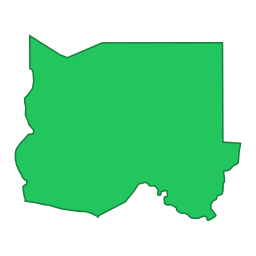 SVG path tracing the border of Oshikoto
{"feature_id": "NAM-3355", "entity_name": "Oshikoto", "entity_type": "Region", "adm_level": 1, "iso_a3": "NAM", "parent_name": "Namibia", "parent_adm1": "", "projection": "orthographic", "projection_center": [17.144, -18.609], "detail": "fine", "context": "isolated", "style": "filled", "palette": "green", "viewbox_px": 256, "rotation_deg": 0, "n_neighbors": 0, "source": "natural_earth", "source_scale": "10m", "svg_char_len": 2124}
<svg xmlns="http://www.w3.org/2000/svg" viewBox="0 0 256 256"><path d="M98.0,216.9L98.0,217.0L96.9,216.1L91.1,213.1L85.1,211.5L79.3,211.4L61.6,208.9L48.8,205.1L43.4,204.5L36.6,202.8L25.1,201.1L25.2,198.8L24.3,196.4L23.1,189.2L23.0,186.4L24.5,185.2L26.4,184.3L27.1,181.2L24.0,179.1L22.3,177.1L21.3,174.5L19.5,171.5L16.4,164.5L16.1,161.8L15.5,160.5L15.4,154.2L15.8,150.9L17.1,147.8L20.7,142.9L24.9,138.6L27.9,134.9L29.8,134.1L31.9,134.1L33.8,132.5L33.4,129.8L29.1,124.8L27.5,119.6L26.2,117.2L25.4,114.6L25.9,107.3L24.8,102.8L24.7,98.3L25.9,96.6L27.6,95.4L32.0,89.3L33.0,86.6L33.7,80.7L33.1,72.6L32.6,70.5L31.2,69.0L29.9,68.8L29.7,35.7L59.6,54.6L67.4,57.7L102.0,42.9L222.5,42.7L222.9,142.1L240.6,143.3L239.1,152.1L238.3,162.6L237.3,163.8L234.4,165.1L232.7,166.3L230.3,169.2L228.6,170.2L227.0,170.7L225.6,170.7L224.5,170.9L223.8,171.3L223.7,172.3L224.5,179.2L224.5,180.6L224.4,182.0L223.6,182.8L223.3,183.9L223.1,185.2L223.1,188.8L222.7,191.8L222.2,193.6L221.6,194.4L220.6,194.8L219.4,195.1L218.2,195.4L217.2,195.9L216.9,197.0L216.7,198.2L216.3,199.3L212.9,201.1L212.2,202.4L211.8,203.1L211.2,203.8L210.9,206.0L210.9,207.4L211.1,208.6L212.0,210.0L215.3,214.2L215.9,215.5L215.2,216.4L214.2,217.2L209.7,219.7L208.5,220.2L207.7,220.3L207.2,219.5L206.6,217.6L206.2,216.8L205.6,216.2L204.4,216.2L202.0,216.7L199.0,218.0L197.7,218.4L191.7,218.1L191.3,217.9L190.8,217.6L187.4,214.6L185.9,213.7L184.2,213.0L181.8,213.2L180.4,212.8L179.2,212.3L177.4,210.9L176.8,210.1L176.6,208.5L176.3,207.9L175.7,207.5L172.5,205.4L171.3,205.0L170.0,204.7L167.9,205.1L166.6,204.7L165.5,204.2L164.8,203.6L164.5,203.0L164.4,202.1L164.2,198.0L164.3,197.2L164.8,196.9L166.5,196.6L167.3,196.3L167.4,195.6L167.4,194.6L166.9,191.5L166.7,190.8L166.1,190.6L164.0,190.9L161.6,191.6L161.2,192.2L160.9,193.1L160.9,194.0L160.7,194.8L160.2,195.1L159.4,195.2L158.5,195.1L157.8,194.8L157.7,194.1L158.1,191.2L158.1,190.2L157.8,189.5L156.6,187.4L155.3,186.5L153.7,185.8L150.5,186.0L149.1,185.4L148.2,184.5L147.8,183.5L146.6,182.8L145.3,182.4L138.4,184.1L134.4,190.5L125.3,201.8L99.3,215.3L98.5,216.0L98.0,216.9Z" fill="#22c55e" stroke="#15803d" stroke-width="1.5"/></svg>